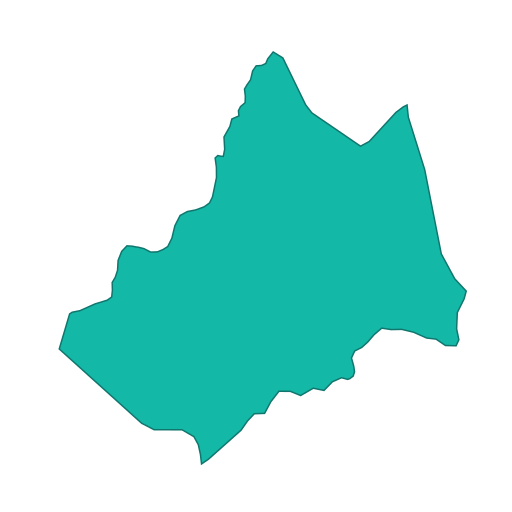 the border of Komondjari, rotated 174°
{"feature_id": "BFA-2875", "entity_name": "Komondjari", "entity_type": "Province", "adm_level": 1, "iso_a3": "BFA", "parent_name": "Burkina Faso", "parent_adm1": "", "projection": "equal_earth", "projection_center": [0.776, 12.701], "detail": "fine", "context": "isolated", "style": "filled", "palette": "teal", "viewbox_px": 512, "rotation_deg": 174, "n_neighbors": 0, "source": "natural_earth", "source_scale": "10m", "svg_char_len": 1499}
<svg xmlns="http://www.w3.org/2000/svg" viewBox="0 0 512 512"><g transform="rotate(174 256 256)"><path d="M331.9,54.9L332.0,64.5L333.1,74.4L336.6,82.8L347.7,90.9L375.5,93.9L387.2,101.6L409.3,126.2L432.6,152.1L461.4,184.1L447.4,217.9L444.7,219.3L436.9,220.0L421.0,225.2L408.6,227.6L403.8,230.3L402.4,236.9L401.8,244.7L398.2,249.5L395.2,256.2L393.6,266.0L389.1,274.6L383.3,279.6L377.6,278.6L374.7,277.6L372.3,277.1L366.8,275.1L360.3,270.9L353.5,270.4L347.7,272.2L342.8,274.6L337.8,282.5L333.5,294.6L327.2,304.3L319.6,307.4L311.3,308.1L302.5,310.3L296.7,313.6L293.1,319.3L287.1,338.1L286.1,348.5L286.4,357.7L283.5,359.9L280.5,358.9L278.1,358.5L276.0,365.4L275.4,377.7L268.4,387.6L265.7,394.8L258.4,397.1L258.3,402.3L255.8,406.2L250.8,409.6L249.9,416.2L250.0,423.2L247.1,427.1L243.0,431.8L240.0,440.4L236.0,445.1L230.6,444.9L226.2,446.4L223.6,451.0L217.6,457.1L208.6,450.2L190.8,401.1L185.5,392.5L140.6,354.3L131.5,358.0L101.8,384.2L94.0,388.9L90.0,390.4L90.0,378.1L79.2,324.3L71.5,238.7L60.7,212.5L50.6,199.1L53.5,191.6L61.7,178.7L64.1,162.6L63.0,151.5L66.4,145.8L77.0,147.2L85.6,154.5L94.9,156.6L107.2,163.7L118.7,167.8L129.3,168.7L138.5,171.1L146.8,165.4L153.8,158.8L160.4,154.0L167.8,151.2L171.7,144.6L170.3,136.1L170.1,130.5L171.9,126.4L175.6,124.2L177.7,123.7L183.7,126.0L193.2,122.9L202.4,115.2L212.9,118.5L226.2,112.6L236.0,117.8L247.3,119.1L256.5,109.5L263.9,98.6L274.2,99.3L281.6,92.9L289.1,84.3L324.5,58.9L331.7,55.0L331.9,54.9Z" fill="#14b8a6" stroke="#0f766e" stroke-width="1.5"/></g></svg>